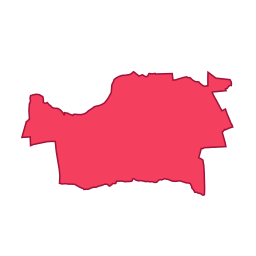 Homocea, Vrancea, Romania (orthographic projection), rotated 99°
{"feature_id": "2599482B90822407546416", "entity_name": "Homocea", "entity_type": "district", "adm_level": 2, "iso_a3": "ROU", "parent_name": "Romania", "parent_adm1": "Vrancea", "projection": "orthographic", "projection_center": [27.246, 46.143], "detail": "fine", "context": "isolated", "style": "filled", "palette": "rose", "viewbox_px": 256, "rotation_deg": 99, "n_neighbors": 0, "source": "geoboundaries", "source_scale": "gbopen_adm2", "svg_char_len": 5814}
<svg xmlns="http://www.w3.org/2000/svg" viewBox="0 0 256 256"><g transform="rotate(99 128 128)"><path d="M193.4,187.0L193.4,185.6L193.6,184.8L193.6,184.4L193.0,182.0L192.8,181.1L192.7,180.1L192.7,179.2L192.8,178.6L192.7,178.3L192.6,176.9L192.3,175.2L192.2,174.7L192.2,174.2L192.0,172.8L191.9,172.1L192.0,171.6L192.7,170.1L192.7,169.8L192.9,169.4L193.8,167.0L194.0,166.2L194.5,164.7L194.6,164.0L194.6,163.7L194.9,162.9L195.2,162.3L195.3,162.1L195.6,161.9L195.5,161.7L195.4,161.6L195.3,161.4L195.4,161.1L195.1,160.0L194.9,158.9L194.8,158.4L194.6,157.6L194.6,157.4L194.1,156.8L193.9,156.5L193.7,156.0L193.4,155.5L192.8,154.6L192.6,154.3L192.5,154.0L192.4,153.8L192.0,153.3L191.9,153.2L192.0,152.9L192.0,152.5L191.7,151.6L191.7,151.3L191.5,150.7L191.3,149.9L191.1,149.5L190.9,149.1L190.3,148.4L190.0,147.9L189.7,147.1L188.9,145.1L188.6,144.6L188.3,144.2L188.1,143.8L187.3,142.5L187.2,142.2L187.1,141.7L186.9,140.7L186.9,139.8L187.0,139.5L187.2,139.0L187.8,138.4L187.9,138.1L188.2,137.5L188.2,137.0L187.9,136.6L187.1,135.9L186.6,135.2L186.3,135.0L186.1,135.0L185.6,134.7L185.2,134.1L185.1,133.7L185.0,132.8L184.9,131.8L184.8,131.6L184.5,131.4L184.2,131.3L182.4,131.1L181.9,128.7L181.8,127.8L181.6,127.0L181.4,125.9L181.4,124.9L181.4,124.2L181.6,123.5L181.4,122.3L181.2,120.9L181.0,120.4L180.9,120.1L180.7,118.4L180.6,118.1L180.4,117.6L180.2,117.0L180.2,116.7L179.9,116.2L179.7,115.8L179.3,115.5L179.0,115.5L178.0,115.5L177.7,115.5L177.2,114.6L177.2,114.4L177.3,114.1L177.7,113.2L178.1,112.3L178.3,111.9L178.4,111.3L178.4,110.0L178.6,109.1L178.2,108.4L178.1,108.1L178.0,107.7L178.0,106.5L178.0,104.3L178.2,102.6L178.2,101.9L177.7,100.6L177.7,100.3L177.7,98.3L177.6,97.4L177.3,95.9L177.2,95.2L177.3,94.6L177.6,93.6L177.6,93.4L177.6,93.0L177.3,91.8L177.1,91.1L176.9,91.0L175.2,89.9L174.9,89.6L174.6,89.2L174.4,88.9L174.0,87.9L174.0,87.6L174.0,87.0L173.9,86.5L173.7,86.1L172.7,84.5L172.4,84.0L172.4,83.7L172.4,83.3L172.5,82.3L172.5,80.7L172.7,79.1L173.0,78.5L173.3,76.9L173.5,76.3L173.4,75.1L173.5,74.7L173.3,73.9L173.3,73.5L173.3,73.0L173.2,72.5L173.0,71.9L172.8,71.0L172.5,70.1L172.3,69.5L172.2,68.8L172.1,68.4L172.1,67.9L172.4,66.5L172.7,64.2L173.1,62.2L173.0,61.6L173.0,61.2L172.9,59.5L172.9,59.1L173.0,58.4L173.2,58.0L173.4,57.7L175.7,56.0L176.1,55.8L176.9,55.7L177.1,55.6L177.6,55.2L178.1,54.6L178.2,54.3L178.6,53.8L179.6,53.1L179.8,52.8L181.0,52.0L181.0,51.5L180.9,51.0L180.8,49.9L181.1,49.1L181.3,48.7L181.4,48.3L181.4,46.9L181.4,46.1L181.6,45.7L182.4,44.3L182.6,43.9L182.6,43.6L182.5,43.3L182.1,42.3L181.9,42.1L176.1,42.8L161.4,45.5L157.2,46.4L156.2,46.6L155.6,46.8L153.5,47.2L148.0,49.0L146.9,51.3L146.3,53.5L143.6,53.2L140.6,52.8L136.8,52.5L136.8,51.4L136.7,51.0L135.5,49.6L135.1,47.5L134.8,46.1L134.6,44.8L134.4,44.2L134.1,43.4L134.1,42.7L134.0,42.3L133.6,41.5L133.7,41.1L133.5,40.0L133.3,39.0L133.2,38.2L132.8,37.1L132.8,36.5L132.4,34.7L132.0,32.6L131.7,31.5L131.6,30.8L131.4,30.2L131.1,28.4L127.5,29.7L123.9,31.3L120.1,33.1L117.3,34.3L116.9,33.9L116.6,33.6L115.0,32.8L114.5,32.4L114.8,32.2L114.8,31.9L113.5,29.9L112.5,28.4L110.7,24.9L110.6,24.7L109.0,25.7L108.1,26.1L108.0,26.6L104.3,28.8L98.0,32.7L95.7,33.9L94.0,34.7L96.0,37.5L96.3,38.0L95.0,38.9L94.8,39.1L93.4,40.3L92.1,41.2L90.8,42.1L89.9,42.9L88.9,43.6L86.7,45.2L85.8,46.0L84.7,46.9L83.8,47.5L82.3,48.7L81.4,49.2L80.5,50.0L79.5,50.4L79.0,49.4L78.7,48.3L78.0,45.4L77.5,43.7L76.6,40.1L75.8,37.0L74.2,37.9L73.6,36.8L73.3,36.2L71.2,35.2L70.4,34.5L70.1,34.0L69.8,33.1L69.9,32.7L69.2,32.6L68.0,32.8L66.5,33.2L64.4,34.7L64.3,35.1L65.0,49.0L60.4,57.7L65.1,57.1L73.9,55.7L74.0,56.7L74.1,56.9L74.3,57.0L74.6,58.1L74.7,59.7L74.1,61.3L73.0,63.2L72.2,64.5L71.4,65.2L71.4,66.6L71.6,67.7L71.5,69.2L70.9,70.9L70.0,72.6L68.7,74.3L68.6,75.4L69.0,76.4L68.3,77.9L68.9,79.9L71.0,84.5L72.8,88.1L73.0,88.2L73.6,91.1L67.3,92.8L70.4,109.4L69.9,109.6L69.9,110.0L70.7,112.4L70.8,113.6L70.8,114.9L70.9,115.4L71.0,115.8L71.2,116.0L72.7,116.4L73.0,116.4L73.3,116.5L73.6,116.7L73.8,116.9L74.0,117.1L74.3,117.9L74.4,118.2L74.4,118.9L74.3,119.4L74.2,119.8L73.5,121.2L73.2,121.8L73.2,122.0L73.3,122.3L73.7,123.2L74.9,125.0L75.0,125.2L74.6,125.8L72.9,128.9L72.0,130.3L71.6,131.5L73.0,132.5L73.7,133.1L74.5,134.1L74.9,134.7L75.2,135.4L76.2,138.7L76.6,140.3L76.9,141.9L77.3,142.7L78.4,144.8L79.1,145.8L81.3,148.5L82.9,149.5L83.5,149.5L84.8,149.7L86.0,150.2L88.3,150.7L94.2,150.2L95.5,150.1L96.9,150.5L98.0,151.0L98.8,151.3L99.7,151.5L101.8,152.4L104.3,153.6L105.7,154.4L106.7,155.1L107.7,156.1L108.5,157.1L109.4,158.3L109.9,159.2L110.6,160.7L110.9,161.5L111.8,163.7L112.5,164.8L113.2,165.5L114.0,166.2L117.4,170.0L117.8,170.1L120.1,172.3L121.1,173.9L121.6,175.1L122.2,176.8L122.2,177.5L122.4,178.5L122.6,179.9L122.6,181.1L122.6,181.8L122.7,182.3L123.0,183.8L123.2,184.2L123.5,184.3L123.9,184.3L124.2,184.4L124.3,184.7L123.8,186.0L123.5,188.0L122.9,189.5L122.7,190.5L122.8,191.0L122.9,191.8L122.8,192.8L122.7,193.0L122.8,193.1L123.3,193.0L124.0,193.0L124.6,193.1L124.9,193.2L123.5,194.4L122.8,195.1L121.8,196.2L120.9,197.4L120.3,198.7L119.9,199.7L119.7,200.3L119.7,201.0L119.7,201.6L119.9,202.6L119.9,204.3L119.9,204.9L119.8,205.5L119.3,206.5L118.7,207.1L118.0,208.3L117.7,208.8L117.7,209.1L115.5,211.8L116.1,212.4L116.4,213.0L116.4,213.6L116.3,214.6L116.2,215.0L116.0,215.6L115.1,215.8L114.4,215.8L114.0,215.8L112.7,216.2L110.4,217.0L109.3,219.9L108.9,221.2L109.1,224.1L110.0,226.7L111.3,229.3L112.5,229.4L113.7,229.4L114.6,229.3L115.7,228.8L116.4,228.6L117.4,228.6L118.8,229.0L119.4,229.2L126.1,228.6L133.8,226.9L133.9,227.0L134.2,227.0L134.5,226.9L134.8,226.8L135.0,226.9L135.4,227.4L136.0,227.9L136.5,228.1L137.6,229.4L153.9,231.3L152.1,223.2L160.7,221.5L159.4,219.4L159.0,218.6L154.2,205.9L153.2,201.4L153.0,200.3L152.8,198.3L152.7,197.7L160.4,195.7L164.2,194.6L165.5,194.1L168.7,193.1L178.7,189.7L185.9,187.8L193.4,187.0Z" fill="#f43f5e" stroke="#9f1239" stroke-width="1.5"/></g></svg>